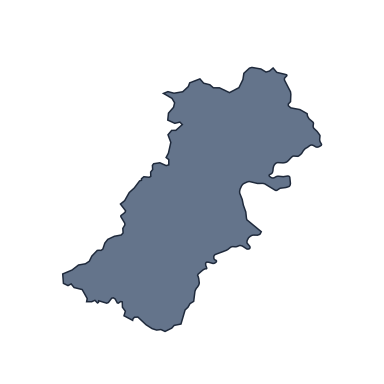 the Unitary Authority (wales) of Powys, rotated 35°
{"feature_id": "GBR-2111", "entity_name": "Powys", "entity_type": "Unitary Authority (wales)", "adm_level": 1, "iso_a3": "GBR", "parent_name": "United Kingdom", "parent_adm1": "", "projection": "mercator", "projection_center": [-3.28, 52.311], "detail": "fine", "context": "isolated", "style": "filled", "palette": "slate", "viewbox_px": 384, "rotation_deg": 35, "n_neighbors": 0, "source": "natural_earth", "source_scale": "10m", "svg_char_len": 3744}
<svg xmlns="http://www.w3.org/2000/svg" viewBox="0 0 384 384"><g transform="rotate(35 192 192)"><path d="M241.4,61.8L243.1,63.6L245.9,64.9L251.0,65.4L251.7,65.7L252.2,66.2L253.4,68.5L254.1,69.3L255.0,69.9L259.6,70.6L263.5,71.9L264.5,72.4L264.7,72.7L266.4,75.7L267.2,76.6L268.0,77.3L270.8,78.7L271.1,79.5L270.9,80.3L269.8,82.5L268.8,83.5L267.8,84.0L264.6,84.3L263.6,84.6L262.9,85.0L262.3,85.6L261.8,86.6L261.0,89.1L259.9,91.4L259.7,92.5L259.5,94.3L259.7,97.7L259.1,100.2L258.6,101.6L257.9,102.3L254.7,104.2L254.1,104.8L253.7,105.9L253.4,107.3L252.9,111.0L252.6,112.3L252.3,113.2L251.2,114.7L249.9,115.9L245.4,118.7L244.8,119.3L244.3,120.1L244.0,121.3L243.9,122.8L244.1,124.0L244.8,125.9L246.1,128.2L246.4,129.0L246.7,129.9L246.7,130.9L246.4,131.8L245.5,133.4L245.6,134.2L246.3,134.7L248.1,134.8L249.3,134.6L250.3,134.1L250.9,133.5L251.4,132.7L252.2,131.0L252.8,130.3L253.4,129.7L258.0,127.1L261.2,124.0L262.0,123.6L262.8,123.5L263.6,123.8L267.7,128.5L268.3,129.7L268.5,130.7L268.4,131.7L267.5,133.0L266.3,134.5L262.0,138.4L260.5,142.1L259.4,142.8L246.8,143.6L245.1,144.3L240.8,147.4L233.2,150.4L232.5,150.9L231.4,152.2L229.5,155.5L229.2,156.5L229.1,157.6L229.1,158.6L229.5,160.7L229.7,161.9L230.2,163.2L230.6,164.1L231.2,164.9L231.7,165.6L237.4,169.3L241.6,173.3L247.5,177.5L251.7,182.3L252.9,183.3L271.5,184.8L271.9,187.3L271.5,188.3L270.4,189.8L267.1,192.0L265.9,193.2L265.1,195.0L264.6,196.9L264.6,197.3L265.0,200.1L265.6,201.3L266.3,202.2L270.5,203.4L271.2,203.9L271.6,204.6L271.6,205.5L270.7,206.6L269.7,207.2L264.1,207.4L262.5,208.0L261.8,208.4L261.4,208.9L260.2,210.8L259.7,211.4L259.0,212.0L256.8,213.3L256.1,213.9L255.6,214.6L255.2,215.5L254.3,218.6L253.5,220.2L246.8,230.0L246.6,231.1L246.8,232.3L248.1,234.0L249.2,234.4L250.1,234.4L250.9,234.2L251.7,234.5L252.0,235.3L251.6,236.8L251.0,237.8L250.2,238.5L245.9,240.0L244.4,240.9L244.0,241.7L244.1,242.7L245.3,244.2L247.8,245.9L247.9,246.2L247.8,246.7L246.9,247.3L246.4,248.1L245.9,249.0L245.2,251.3L244.1,255.9L244.3,256.6L244.5,257.2L245.7,257.8L247.2,259.1L250.1,262.3L250.6,263.4L250.9,264.6L251.0,266.8L250.8,268.2L251.0,270.2L251.4,271.7L256.1,280.6L254.4,284.6L254.8,288.7L254.0,292.6L258.7,306.5L253.9,311.5L253.5,315.1L249.9,321.7L245.4,322.5L242.2,325.4L238.7,326.5L237.8,326.8L230.5,327.1L219.4,325.5L216.7,327.6L216.4,329.7L217.0,331.2L209.6,332.1L207.3,332.4L205.8,327.9L201.1,326.3L197.9,322.0L196.4,322.6L195.4,325.3L194.4,325.7L193.0,325.0L190.4,323.7L188.2,323.8L187.1,325.1L186.9,330.5L185.9,332.0L178.0,334.6L178.7,336.1L178.2,337.1L174.6,336.4L172.7,339.5L168.6,342.3L167.3,339.4L158.0,334.9L150.2,337.9L145.7,336.6L144.1,339.8L139.1,340.6L133.1,333.3L138.5,324.7L140.9,316.9L145.9,311.9L147.6,307.6L146.7,301.9L147.9,294.2L149.2,293.1L151.0,292.0L151.7,289.9L149.9,283.8L150.2,279.1L153.8,272.8L158.7,267.8L159.0,265.0L156.2,261.5L155.9,257.5L154.8,256.1L147.8,253.0L147.3,252.1L148.8,247.2L148.4,245.5L142.7,243.7L140.3,242.9L141.8,237.7L140.9,228.4L142.4,221.9L142.7,213.0L143.9,211.4L143.0,210.1L143.8,207.1L148.5,204.5L149.3,202.9L146.7,199.4L146.9,196.2L144.3,192.9L144.4,190.8L148.9,186.5L155.7,185.2L157.4,183.1L154.4,178.8L151.0,178.6L150.4,173.7L146.2,163.5L139.5,158.9L140.0,153.2L143.4,150.8L145.4,142.3L142.0,141.7L138.5,145.6L130.9,147.0L127.5,140.9L128.3,133.2L126.6,128.9L121.9,126.8L112.1,127.6L114.7,123.6L120.6,121.4L126.9,115.2L128.5,107.8L127.5,103.9L133.6,94.8L139.1,96.2L145.1,93.9L149.7,94.4L154.8,90.9L165.7,89.1L170.6,79.6L169.2,70.7L166.4,65.0L168.0,57.6L169.6,55.6L177.9,51.7L183.8,51.3L186.1,48.5L187.3,43.9L192.8,45.4L200.3,42.4L202.3,41.7L203.0,42.3L202.5,45.7L203.4,47.2L215.2,53.4L217.0,55.4L220.9,61.5L220.4,64.7L221.5,66.1L224.7,66.4L233.1,62.6L241.3,61.8L241.4,61.8Z" fill="#64748b" stroke="#1e293b" stroke-width="1.5"/></g></svg>